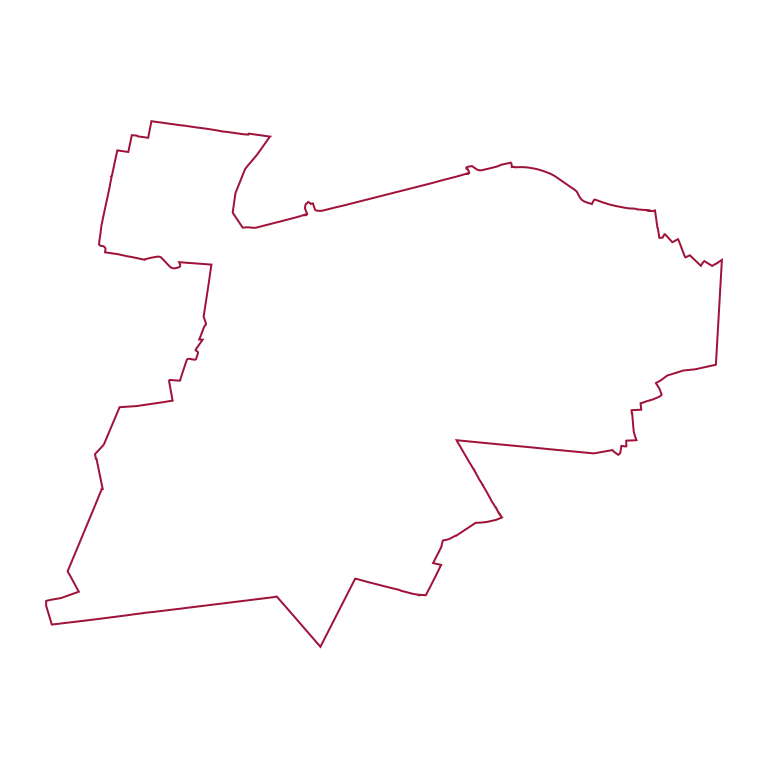 outline of Rucphen, Noord-Brabant, Netherlands
{"feature_id": "6326949B79033255924519", "entity_name": "Rucphen", "entity_type": "district", "adm_level": 2, "iso_a3": "NLD", "parent_name": "Netherlands", "parent_adm1": "Noord-Brabant", "projection": "equal_earth", "projection_center": [4.569, 51.521], "detail": "fine", "context": "isolated", "style": "outline", "palette": "rose", "viewbox_px": 768, "rotation_deg": 0, "n_neighbors": 0, "source": "geoboundaries", "source_scale": "gbopen_adm2", "svg_char_len": 5907}
<svg xmlns="http://www.w3.org/2000/svg" viewBox="0 0 768 768"><path d="M510.8,162.7L501.9,164.6L500.3,165.1L498.5,166.0L497.3,166.4L495.2,167.0L488.3,168.7L481.8,170.2L480.8,170.4L480.3,170.4L479.3,170.3L477.6,169.9L476.2,169.0L472.0,166.1L468.7,166.6L467.1,167.0L466.2,168.0L466.6,168.8L467.9,169.3L468.7,171.3L469.1,172.4L469.2,172.8L469.1,173.2L468.8,173.4L468.5,173.6L468.2,173.7L468.0,173.3L467.0,173.5L467.2,174.0L466.9,174.0L466.2,174.0L465.9,173.9L456.1,176.7L442.4,180.2L431.5,183.2L345.6,205.0L342.4,205.8L336.3,207.2L327.6,209.4L321.6,210.8L321.1,210.9L320.3,210.9L316.7,210.6L315.8,210.3L315.3,209.9L314.9,209.3L314.6,208.4L313.4,204.9L312.9,203.4L310.7,203.9L310.5,203.4L308.2,202.0L306.8,203.4L306.6,203.5L306.3,203.7L306.0,204.0L305.7,204.4L305.4,205.3L305.1,207.1L305.0,207.7L305.1,208.6L305.2,209.0L306.1,211.4L307.2,213.8L307.2,214.1L307.0,214.5L306.7,214.7L306.3,214.9L306.1,214.4L305.0,214.6L305.2,215.2L304.8,215.2L304.3,215.2L304.1,215.2L303.9,215.0L299.9,216.3L292.9,218.2L256.3,227.6L255.0,227.8L253.4,227.8L252.0,227.7L248.7,227.3L246.5,227.3L244.3,227.5L242.7,227.7L234.1,214.8L232.7,212.6L233.9,204.0L234.7,198.5L235.2,194.8L235.4,194.2L235.4,193.3L245.1,169.0L247.4,166.1L257.0,154.8L269.7,136.9L270.0,136.6L248.7,133.6L248.5,133.8L248.3,134.6L243.9,134.3L236.7,133.3L226.9,131.9L225.6,131.8L222.8,131.5L214.7,130.0L210.8,129.4L204.8,128.5L194.7,127.2L182.8,125.4L182.8,125.5L180.7,125.3L151.4,121.2L148.2,137.8L137.6,136.3L137.0,135.6L131.8,135.2L128.3,152.0L117.3,150.4L111.8,176.1L111.0,176.5L111.3,177.0L111.4,177.4L111.4,178.0L110.1,184.0L110.1,184.7L107.8,195.7L102.9,218.3L101.9,223.5L101.6,224.4L100.0,236.9L99.4,240.6L99.1,243.8L99.1,244.1L99.2,244.5L99.3,244.8L99.6,245.1L99.9,245.5L100.3,245.6L101.0,245.9L101.6,245.9L102.4,246.0L103.2,246.2L104.1,246.7L104.5,247.0L104.8,247.3L105.1,247.7L105.4,248.4L105.5,248.9L105.5,249.4L105.0,252.3L113.7,253.6L117.0,254.0L128.9,256.6L129.6,256.6L145.0,259.8L145.3,259.7L144.0,259.5L150.8,257.8L157.5,256.6L158.6,256.6L159.5,256.8L161.0,257.3L170.3,267.1L172.1,268.0L173.2,268.3L175.0,268.3L179.2,267.2L180.1,266.3L180.3,265.2L179.1,262.2L211.4,264.6L208.7,283.5L203.6,316.8L205.2,321.0L205.9,323.4L206.0,324.3L205.9,324.7L204.9,325.6L204.1,326.9L203.5,328.4L200.5,336.4L199.5,338.6L199.2,339.5L202.6,339.7L195.6,349.7L195.6,350.0L195.7,350.4L197.4,351.5L197.7,351.8L197.9,352.1L198.0,352.6L198.0,353.1L196.3,358.4L195.9,359.3L195.2,359.7L194.4,359.7L188.9,358.8L188.0,358.9L187.5,359.1L187.2,359.4L186.8,359.9L186.1,361.9L183.1,370.9L180.6,378.6L180.4,379.4L180.2,380.5L179.7,380.7L169.9,380.0L169.5,380.1L169.3,380.3L169.1,380.6L169.1,381.2L172.6,400.7L169.0,401.2L163.7,402.1L136.3,406.1L119.6,407.2L104.2,443.7L103.5,445.0L95.4,453.7L95.0,454.1L95.9,458.8L96.5,458.8L102.7,489.1L101.8,489.2L101.9,489.4L101.7,489.5L101.4,490.0L90.1,517.4L85.5,528.4L81.1,539.0L80.8,539.6L80.0,541.7L67.6,571.3L71.1,577.5L78.8,591.7L61.2,598.0L49.7,600.0L46.2,600.9L46.1,605.0L46.1,605.6L46.3,606.2L51.8,624.5L52.2,624.5L93.3,619.6L126.2,615.4L130.6,614.8L132.4,614.5L143.4,613.1L143.5,613.2L144.2,612.9L154.6,611.8L272.4,597.3L276.8,596.6L294.1,616.4L320.4,646.8L355.1,578.8L355.9,579.0L356.1,578.8L370.5,582.7L384.6,586.3L399.5,590.0L401.1,590.8L401.7,590.9L412.3,593.7L415.6,594.3L418.7,594.8L418.6,595.1L420.0,595.1L419.9,594.8L425.8,595.2L430.2,586.8L437.0,573.4L441.1,564.9L433.1,563.1L436.2,556.8L436.6,556.3L438.0,553.4L438.2,553.2L441.3,546.9L441.4,546.5L441.6,545.7L442.0,543.8L442.8,540.6L449.1,539.1L454.6,536.2L455.3,535.7L455.9,535.9L475.5,522.9L480.1,522.6L481.0,522.6L484.7,522.2L487.0,521.9L495.7,520.0L502.0,517.5L501.1,516.2L499.9,514.8L500.2,514.7L498.8,512.6L498.6,512.7L496.4,508.7L496.6,508.7L495.7,507.2L495.5,507.3L493.5,504.0L492.0,501.8L491.5,501.0L490.8,499.4L486.6,491.8L483.5,486.5L483.0,485.3L482.8,485.4L481.4,482.8L480.5,481.4L480.0,480.6L479.3,479.7L478.6,478.3L478.1,477.2L474.5,470.8L474.7,470.7L473.4,468.6L473.2,468.7L470.9,464.7L469.5,462.5L461.6,449.0L460.4,446.8L457.6,442.2L456.6,440.2L460.5,440.6L490.2,443.5L529.6,447.2L548.5,449.1L593.9,453.4L612.4,450.1L613.7,451.5L615.0,452.5L618.0,454.7L618.4,454.8L620.3,452.9L621.4,446.0L621.4,445.9L622.0,445.9L625.8,446.5L626.2,446.4L626.4,446.2L626.2,440.7L626.3,440.6L636.1,440.3L636.5,440.2L634.9,435.9L633.7,431.6L633.5,428.9L633.1,424.8L632.2,413.4L631.8,413.4L631.6,410.2L641.2,409.7L640.6,403.2L643.7,402.4L645.7,401.6L646.7,401.2L649.5,400.5L650.2,400.1L650.4,400.2L651.0,400.0L652.7,399.5L655.1,398.5L656.8,397.8L659.1,396.8L661.2,395.3L662.1,395.0L661.8,395.0L661.5,394.2L659.7,389.4L659.3,388.5L658.6,387.3L658.4,387.0L655.9,383.1L661.0,380.2L663.8,378.1L666.8,375.9L667.2,375.6L668.0,375.3L682.4,370.8L683.5,370.5L695.2,369.3L715.9,364.7L721.9,259.9L716.7,263.3L716.8,263.4L715.8,263.9L714.8,264.3L713.2,265.3L712.3,265.7L712.1,265.9L704.3,261.1L703.2,262.2L702.5,263.2L701.4,264.8L700.9,265.8L695.6,260.8L689.9,255.3L685.4,257.4L685.0,256.7L684.2,254.9L681.4,247.6L681.4,247.4L678.2,239.3L678.0,239.2L677.8,239.2L673.7,241.6L672.3,242.2L671.7,241.5L670.7,240.4L665.5,234.8L664.7,234.2L664.4,234.3L662.7,237.4L662.6,237.6L659.5,237.9L659.1,236.6L658.0,228.7L657.9,228.4L657.7,228.3L657.5,228.1L655.0,210.4L654.8,210.4L654.9,211.1L648.4,211.0L648.1,210.9L648.8,210.2L642.4,209.8L637.8,209.4L637.6,209.5L637.0,209.3L635.5,208.8L634.4,208.6L633.4,208.5L632.5,208.5L631.8,208.4L630.8,208.6L625.1,207.8L622.0,207.2L615.7,206.0L609.5,204.5L604.0,202.8L600.6,201.6L595.6,199.8L594.8,199.6L593.8,200.2L591.9,204.0L586.9,202.5L585.3,201.9L583.7,201.1L582.3,200.2L581.1,199.1L580.1,197.8L579.6,197.0L577.6,193.2L577.0,192.1L576.3,191.2L575.5,190.4L574.5,189.6L571.0,187.3L556.3,177.1L554.0,175.6L551.5,174.3L549.5,173.3L549.4,173.4L546.2,172.1L543.5,171.1L540.7,170.2L537.9,169.4L535.0,168.7L532.1,168.2L529.2,167.7L526.0,167.3L520.9,167.1L514.6,167.3L514.3,166.8L511.8,167.1L511.6,164.2L510.8,162.7Z" fill="none" stroke="#9f1239" stroke-width="2"/></svg>